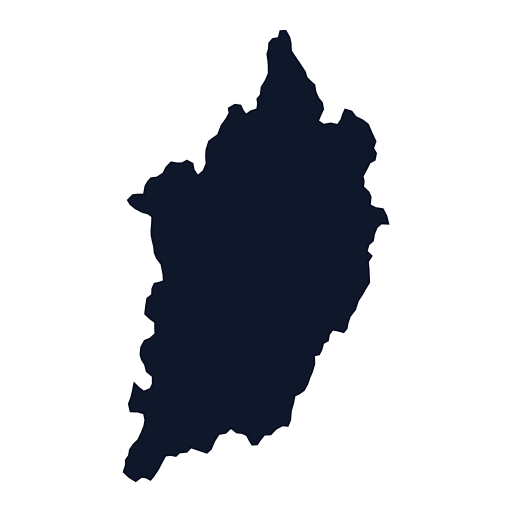 outline of São José do Calçado, Espírito Santo, Brazil
{"feature_id": "56859067B24817345610038", "entity_name": "São José do Calçado", "entity_type": "district", "adm_level": 2, "iso_a3": "BRA", "parent_name": "Brazil", "parent_adm1": "Espírito Santo", "projection": "orthographic", "projection_center": [-41.661, -20.976], "detail": "fine", "context": "isolated", "style": "filled", "palette": "ink", "viewbox_px": 512, "rotation_deg": 0, "n_neighbors": 0, "source": "geoboundaries", "source_scale": "gbopen_adm2", "svg_char_len": 2710}
<svg xmlns="http://www.w3.org/2000/svg" viewBox="0 0 512 512"><path d="M294.6,56.2L291.1,50.8L290.8,43.3L289.5,37.3L285.7,30.7L280.2,31.0L278.5,37.9L272.6,38.9L269.0,43.2L268.8,48.4L267.2,54.0L268.0,59.7L268.5,65.1L268.6,73.5L265.4,80.8L261.5,87.0L260.5,95.1L257.2,98.9L257.9,103.8L257.0,109.2L250.9,111.1L245.9,114.6L242.7,110.0L240.7,105.4L234.9,104.6L228.6,108.2L229.3,113.2L226.4,118.6L221.5,125.4L217.8,134.9L213.2,138.1L208.9,141.4L206.2,150.1L205.9,156.8L206.4,163.6L203.4,170.9L197.8,175.7L193.8,169.8L192.7,163.6L186.9,160.5L182.2,163.1L177.1,163.3L171.1,162.2L166.2,167.3L163.2,173.3L156.9,177.4L150.9,178.1L147.8,181.7L145.3,186.0L143.8,194.4L138.5,194.4L132.9,194.9L127.7,200.1L130.3,204.4L135.0,208.2L142.0,212.0L148.0,213.6L152.1,216.6L151.9,223.1L151.3,230.3L151.4,235.2L152.4,240.3L153.9,246.5L154.5,252.7L156.6,257.9L161.3,264.2L163.2,274.1L163.7,281.0L159.2,282.6L154.4,283.6L152.2,288.6L151.9,294.7L147.1,298.5L145.8,306.7L145.0,314.0L150.4,319.0L155.0,322.3L155.0,328.5L155.2,333.9L149.9,338.5L144.6,340.7L141.0,347.3L140.3,354.7L141.8,359.7L144.9,364.7L146.6,371.5L152.6,376.4L152.6,384.0L150.2,388.8L143.8,391.5L138.6,387.5L134.2,383.1L132.7,390.8L131.3,397.0L128.7,403.9L130.4,411.5L138.1,411.8L143.9,413.6L145.2,420.2L144.1,426.1L141.5,432.6L138.0,440.0L133.5,444.3L129.8,449.7L128.8,455.6L125.7,460.0L125.7,465.4L123.5,471.9L129.3,477.3L135.8,481.3L141.4,477.0L146.2,477.6L150.5,480.0L154.2,475.4L158.3,469.2L162.0,462.1L165.5,455.7L170.6,455.1L175.9,456.1L179.5,452.6L186.8,451.9L191.0,447.5L206.9,452.9L211.0,449.1L214.3,441.3L218.8,434.2L225.8,432.9L230.9,428.0L236.7,432.6L242.0,433.1L246.8,435.3L249.3,440.2L252.1,444.8L257.2,444.5L260.2,440.0L264.4,434.8L270.8,434.5L275.8,429.1L282.3,425.5L287.9,426.0L290.4,419.8L291.0,411.2L293.5,402.3L294.7,395.8L299.2,393.7L304.1,390.2L307.4,384.2L309.7,377.5L312.1,372.0L314.5,363.9L314.2,355.6L319.2,354.5L321.6,349.7L323.3,343.3L328.1,340.6L329.1,334.5L332.7,329.7L337.9,330.7L343.7,332.3L346.8,328.5L347.8,322.9L350.0,316.4L355.3,309.5L358.1,300.7L362.2,294.5L365.2,289.1L369.3,282.6L369.0,275.2L368.8,269.1L368.0,261.8L371.8,256.0L366.8,251.2L368.7,244.6L373.1,240.8L374.1,234.4L376.9,227.4L381.3,223.6L388.5,223.9L386.5,215.8L382.9,209.0L375.6,207.9L370.0,205.0L370.8,196.8L368.6,192.0L363.3,186.9L363.9,181.1L362.8,176.3L366.8,168.8L369.9,162.6L374.9,160.0L376.2,153.3L373.3,148.1L375.7,141.4L372.8,135.2L370.4,129.8L368.1,124.4L362.5,120.1L355.7,116.8L351.7,111.4L345.1,109.4L342.8,114.6L341.2,119.6L337.7,124.8L330.7,123.3L323.6,124.6L318.1,120.8L320.3,115.7L323.3,109.2L322.1,102.7L318.3,98.1L315.6,91.8L314.5,84.9L310.5,81.3L306.7,77.5L305.1,71.9L299.4,63.2L294.6,56.2Z" fill="#0f172a" stroke="#020617" stroke-width="1.5"/></svg>